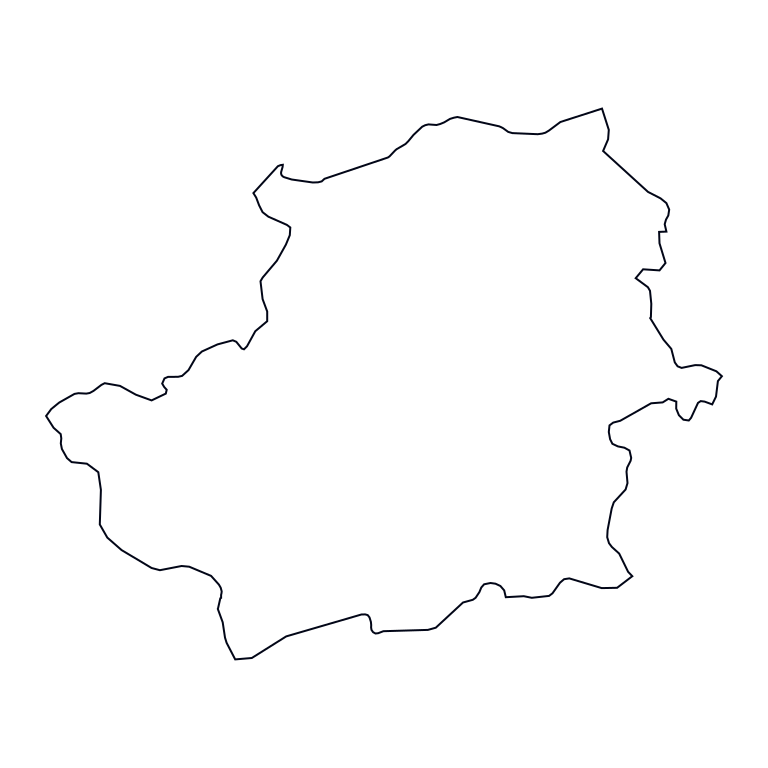 the border of Turin
{"feature_id": "ITA-5434", "entity_name": "Turin", "entity_type": "Province", "adm_level": 1, "iso_a3": "ITA", "parent_name": "Italy", "parent_adm1": "", "projection": "albers", "projection_center": [7.434, 45.157], "detail": "fine", "context": "isolated", "style": "outline", "palette": "ink", "viewbox_px": 768, "rotation_deg": 0, "n_neighbors": 0, "source": "natural_earth", "source_scale": "10m", "svg_char_len": 2844}
<svg xmlns="http://www.w3.org/2000/svg" viewBox="0 0 768 768"><path d="M235.2,659.4L226.6,642.8L225.0,637.6L222.7,622.3L217.8,608.9L218.1,608.1L220.3,598.3L221.1,597.9L221.1,594.9L221.5,593.2L221.7,591.4L220.7,587.7L218.9,584.6L211.1,575.9L189.2,566.7L181.6,566.0L159.9,570.2L151.6,568.0L121.6,550.1L107.3,537.6L99.8,524.5L100.9,489.9L98.3,472.2L86.9,463.7L71.6,462.1L67.0,458.1L61.9,449.0L60.8,443.4L61.3,438.4L60.7,434.1L53.6,427.8L46.1,416.0L51.3,409.0L57.8,403.7L59.3,402.5L74.5,393.9L78.4,393.2L86.3,393.6L89.7,393.0L93.5,390.9L101.4,384.9L104.7,383.2L120.0,385.9L135.9,394.7L151.6,400.4L165.8,393.6L166.7,389.8L164.2,387.0L162.2,383.6L164.5,378.4L168.0,376.9L178.1,376.8L182.1,375.9L188.5,370.1L196.2,356.8L201.9,351.5L217.5,344.4L232.8,340.3L236.3,341.8L241.7,348.5L244.0,349.3L247.0,346.3L255.3,331.2L267.2,321.2L267.2,311.5L262.6,299.1L260.5,281.2L262.7,277.5L276.9,260.7L285.9,244.6L289.8,235.2L290.3,227.5L286.9,224.9L268.4,216.7L262.6,212.2L259.1,205.3L256.2,197.6L253.4,193.1L259.4,186.5L277.9,166.2L280.6,165.1L282.8,164.8L282.6,166.9L281.1,172.2L281.1,172.8L281.1,173.8L281.7,175.3L282.9,176.5L284.2,177.2L291.7,179.5L312.8,182.5L318.1,182.3L321.7,181.4L324.5,178.8L387.9,157.5L389.5,156.4L395.1,150.5L396.6,149.2L405.5,144.0L408.3,141.2L413.5,134.9L422.2,126.7L425.2,125.2L428.5,124.4L436.5,125.0L440.2,124.0L444.1,122.4L450.0,118.9L453.9,117.7L457.4,117.0L499.1,126.3L501.2,127.2L503.1,128.2L508.2,131.9L512.4,133.1L537.7,134.2L542.2,133.6L545.4,132.7L548.9,130.6L560.4,122.0L602.0,108.6L608.8,129.9L608.1,139.3L603.1,151.0L648.0,191.9L660.6,198.4L666.4,203.1L669.2,209.6L668.3,215.5L666.0,219.6L664.7,224.2L666.4,231.6L659.1,231.9L659.5,243.3L665.5,263.0L659.5,270.4L643.1,269.3L635.7,278.2L647.9,287.2L650.0,290.8L651.3,303.8L650.9,317.1L650.2,318.1L663.5,339.7L671.3,348.9L674.8,362.4L677.6,366.3L681.6,367.9L695.2,365.1L701.4,365.3L716.4,371.3L721.9,376.2L717.9,381.1L716.0,396.6L712.2,404.4L704.6,401.6L700.7,401.1L698.0,402.9L691.1,417.8L688.8,420.5L683.4,419.7L678.9,415.2L676.2,408.6L676.3,401.6L668.4,398.8L662.7,402.4L651.1,403.3L620.2,420.8L613.2,422.6L609.5,425.4L608.8,432.0L610.1,439.2L612.4,443.8L617.9,446.4L624.4,447.7L629.5,450.5L631.2,457.9L630.6,460.8L627.2,467.5L626.5,471.7L627.5,483.1L625.6,489.5L613.8,502.3L611.7,508.5L607.6,530.0L607.2,537.2L609.0,543.2L611.9,547.0L619.2,553.6L628.1,571.8L632.3,576.2L617.1,587.8L601.7,588.1L569.3,578.4L564.1,579.2L560.0,582.7L552.5,593.3L549.1,595.9L531.8,597.8L523.8,596.2L505.8,597.2L504.2,590.4L500.4,586.0L495.5,583.7L490.5,583.0L484.1,584.3L481.3,587.5L479.4,592.1L475.6,597.8L472.8,599.8L463.0,602.5L435.8,627.7L427.9,629.9L383.4,631.2L378.2,633.2L375.5,633.5L373.1,632.2L371.5,629.9L371.1,627.5L371.2,625.0L370.9,621.9L369.5,617.4L367.7,615.1L365.2,614.4L361.4,614.5L286.2,636.4L251.8,658.0L235.2,659.4Z" fill="none" stroke="#020617" stroke-width="2"/></svg>